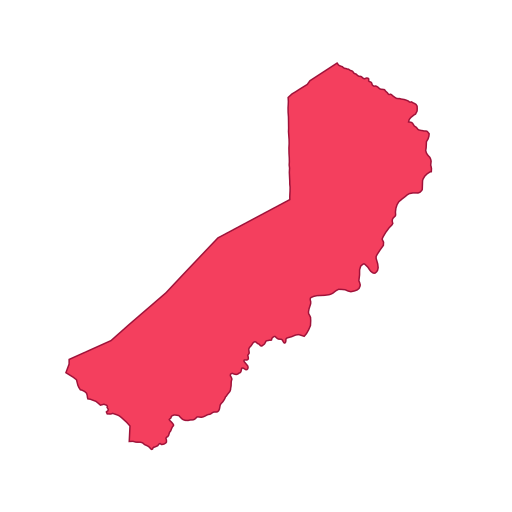 Norbugang, Samdrup Jongkhar, Bhutan, rotated 137°
{"feature_id": "84629894B84199937092772", "entity_name": "Norbugang", "entity_type": "district", "adm_level": 2, "iso_a3": "BTN", "parent_name": "Bhutan", "parent_adm1": "Samdrup Jongkhar", "projection": "robinson", "projection_center": [91.144, 26.832], "detail": "fine", "context": "isolated", "style": "filled", "palette": "rose", "viewbox_px": 512, "rotation_deg": 137, "n_neighbors": 0, "source": "geoboundaries", "source_scale": "gbopen_adm2", "svg_char_len": 6048}
<svg xmlns="http://www.w3.org/2000/svg" viewBox="0 0 512 512"><g transform="rotate(137 256 256)"><path d="M153.1,179.7L152.4,182.0L151.6,182.7L149.5,183.5L145.1,184.8L139.2,185.9L135.6,186.0L133.8,186.5L132.6,188.6L131.2,189.8L129.8,190.2L126.8,190.3L125.9,190.8L124.0,193.1L121.0,195.6L117.7,197.4L114.5,198.3L110.5,198.1L106.1,197.7L103.7,197.6L101.4,197.1L98.2,195.1L94.4,191.5L92.6,190.8L90.1,190.9L89.0,191.3L82.7,197.6L81.2,198.4L78.1,199.3L74.8,199.4L71.3,198.8L70.3,198.1L68.1,200.2L66.7,202.4L66.4,203.2L63.3,205.9L62.4,207.4L61.9,208.6L61.6,209.6L61.6,210.3L61.6,212.3L61.2,214.9L60.0,217.4L57.9,219.0L55.7,221.1L53.4,223.4L50.3,224.3L48.0,225.6L46.0,227.3L45.8,230.3L46.3,231.3L48.0,233.0L48.7,234.1L49.7,235.3L50.9,237.1L51.2,238.1L51.0,240.8L51.6,243.1L51.0,246.2L51.1,247.4L51.7,248.4L53.0,250.0L51.3,251.1L50.1,251.5L48.1,251.7L45.5,251.5L44.1,251.4L42.6,251.0L40.3,251.8L39.3,252.2L37.8,253.6L36.0,255.7L35.6,257.7L36.0,259.3L36.8,261.2L37.1,262.6L38.4,263.4L38.8,264.2L38.8,264.8L39.0,265.7L39.9,267.6L40.9,269.4L42.8,271.8L43.6,273.2L44.2,273.7L45.4,275.0L45.8,275.6L46.3,277.4L46.5,278.6L46.7,279.5L46.9,281.6L47.2,282.5L48.1,283.0L48.7,283.6L48.8,284.2L48.6,285.8L48.8,288.2L48.6,289.6L48.7,290.2L49.9,291.7L50.8,292.6L51.1,293.1L51.5,294.1L51.6,295.2L51.6,295.9L52.1,297.9L52.8,299.0L53.3,299.2L54.0,299.9L54.2,300.7L54.3,301.8L53.5,303.5L53.3,304.2L53.6,305.2L54.1,306.3L54.2,307.2L52.8,308.6L52.8,309.5L53.1,310.0L53.9,310.9L55.6,311.5L56.0,312.0L56.4,312.9L56.6,315.1L56.9,315.9L58.2,317.3L58.6,318.7L58.7,320.8L59.4,322.0L59.7,323.1L59.4,324.9L59.6,325.9L60.6,327.7L60.9,329.5L61.6,330.2L62.4,331.9L63.2,332.7L63.7,334.3L63.7,335.5L64.4,336.7L65.3,338.8L65.4,339.5L65.1,341.8L97.0,347.4L101.5,346.5L110.5,348.3L115.1,349.1L119.2,350.0L124.4,350.0L126.9,347.0L129.1,344.8L131.5,342.5L134.5,339.2L137.4,335.6L140.0,332.7L145.1,327.1L147.4,324.8L152.4,318.6L155.1,315.6L158.2,312.6L161.9,308.5L164.7,305.1L167.4,302.1L169.7,299.9L171.5,297.4L174.6,294.4L180.2,287.8L182.3,285.5L184.2,283.0L186.8,280.3L190.6,276.6L192.8,274.2L271.5,295.2L296.8,293.7L324.5,292.0L347.0,290.5L395.2,292.4L419.7,293.0L463.2,307.8L466.4,304.4L474.6,300.3L472.3,291.8L471.7,287.9L474.4,283.0L475.2,280.7L475.7,277.9L475.0,277.0L474.3,275.4L473.7,273.6L473.5,271.2L474.6,269.0L475.6,267.7L476.4,266.2L474.9,264.3L472.2,258.9L471.8,256.1L471.5,253.0L468.3,251.3L467.0,248.6L467.2,247.4L468.2,246.8L468.3,246.1L468.6,244.6L469.9,243.8L470.8,244.0L471.8,244.0L472.5,242.0L470.0,239.5L468.1,238.6L465.7,234.1L465.0,232.3L464.6,229.8L464.0,222.6L464.1,217.6L475.2,206.8L472.4,204.4L470.7,201.7L467.5,198.6L466.4,196.8L466.3,196.0L466.2,194.8L466.0,193.8L465.2,192.0L464.9,191.1L464.5,190.0L464.4,188.0L464.5,186.9L464.4,186.4L464.2,185.7L463.3,185.4L462.5,185.8L461.7,185.9L461.1,185.9L460.7,185.5L459.3,185.0L458.2,184.6L457.3,184.3L455.6,184.6L454.7,184.6L454.0,184.2L453.7,182.6L452.6,181.8L451.2,181.1L449.3,180.8L448.4,181.0L447.6,181.8L446.9,182.7L446.3,184.0L445.1,184.5L443.9,184.1L442.3,184.4L439.5,186.0L437.6,186.3L436.0,187.1L434.1,187.9L433.4,188.1L432.1,188.2L431.6,188.6L431.3,189.2L431.1,191.4L431.1,192.8L431.2,193.5L431.2,194.9L431.0,195.6L430.4,195.7L429.0,195.6L428.4,195.7L427.8,196.2L427.2,196.4L426.5,196.4L425.8,196.2L424.6,195.7L424.0,195.3L423.1,194.3L421.4,192.1L421.2,191.4L421.3,190.7L421.3,189.3L421.2,187.2L420.8,185.8L420.1,184.5L419.8,184.0L418.8,183.0L417.8,182.0L416.0,181.0L413.9,179.2L413.3,178.9L412.6,178.6L412.0,178.5L411.3,178.4L409.3,178.5L408.6,178.3L408.1,177.9L406.3,175.7L405.8,175.2L405.2,174.9L404.6,174.5L404.0,174.3L402.7,173.8L400.5,173.2L399.6,172.9L398.8,172.5L397.8,171.8L396.8,171.4L395.8,171.3L393.8,170.9L392.6,170.1L391.7,169.2L390.8,168.5L389.9,168.3L388.9,168.3L388.0,168.6L387.0,169.1L384.7,170.8L383.7,171.5L382.9,171.7L382.1,171.9L379.9,172.0L379.0,172.2L377.7,172.5L376.4,172.9L375.1,173.4L374.5,173.8L373.1,173.8L371.2,174.3L370.0,174.4L368.9,174.6L367.9,174.7L366.9,175.0L365.7,175.7L364.7,176.6L362.8,178.0L360.1,180.7L359.4,181.3L358.6,181.8L357.7,182.3L357.2,183.1L356.6,184.9L356.5,185.9L355.3,186.9L354.2,186.8L353.2,186.2L352.7,184.9L352.0,183.8L351.3,182.9L350.8,182.5L349.4,182.0L348.2,181.9L347.1,181.5L345.9,181.7L343.4,183.4L342.7,183.6L341.8,182.7L341.4,181.4L341.1,180.0L340.6,179.4L340.1,179.1L339.3,179.1L338.1,179.6L337.1,181.0L336.9,182.9L336.8,184.9L336.7,186.8L336.4,187.4L335.8,187.9L335.3,187.8L334.7,187.3L333.8,186.3L333.2,186.0L332.5,185.9L331.8,186.0L330.9,187.0L330.5,187.6L329.9,188.9L329.3,189.1L328.6,189.3L328.0,189.4L327.3,189.6L326.8,190.1L325.2,192.4L324.7,192.9L324.1,193.2L322.8,193.6L322.2,193.6L320.8,193.7L317.3,194.5L316.6,194.5L315.3,194.1L314.9,193.6L314.7,192.9L314.6,191.5L314.5,190.8L314.2,190.2L313.9,189.5L313.9,187.4L313.6,186.7L313.1,186.2L310.4,185.9L309.7,185.9L307.8,186.5L307.2,186.8L306.6,186.9L305.9,186.7L304.8,185.9L303.6,185.3L302.6,184.3L302.0,184.0L301.4,184.3L300.9,184.8L300.1,185.0L298.6,185.0L298.1,184.9L297.4,184.6L296.9,184.1L296.8,182.1L296.6,180.9L296.2,179.9L295.4,179.0L294.8,178.4L294.3,177.8L294.1,177.2L294.1,176.5L294.3,175.6L294.6,174.3L294.7,173.3L294.3,172.7L293.2,172.8L292.1,173.5L291.2,174.5L290.5,174.9L289.7,175.0L288.6,174.6L285.0,172.7L281.2,171.3L280.0,170.6L278.9,169.8L278.4,169.4L277.6,168.2L277.3,167.6L275.5,164.4L272.1,164.8L267.9,166.1L263.6,168.0L260.2,171.3L258.0,173.9L257.3,176.0L256.9,177.8L255.8,179.3L253.4,181.1L248.6,183.8L247.2,185.2L246.5,186.5L245.9,187.4L244.9,188.1L244.0,188.1L241.3,187.1L238.4,185.4L232.8,180.6L229.0,177.9L227.4,177.1L225.1,176.4L222.4,176.2L220.8,176.0L218.3,175.3L216.1,173.1L213.8,170.5L212.6,167.7L211.0,165.2L207.8,163.3L205.2,162.2L202.8,162.0L200.5,163.0L199.5,163.8L198.4,165.8L197.6,167.8L193.2,171.5L189.6,175.3L186.3,177.2L183.9,177.1L182.7,176.9L182.1,176.2L182.0,175.3L181.8,171.8L182.0,170.3L182.3,168.8L182.5,166.5L182.1,164.1L181.4,162.9L180.6,162.3L178.6,162.2L176.9,162.6L174.7,164.1L172.4,167.2L169.8,172.3L168.5,173.7L166.4,174.5L160.7,175.9L155.6,176.9L153.3,179.1L153.1,179.7Z" fill="#f43f5e" stroke="#9f1239" stroke-width="1.5"/></g></svg>